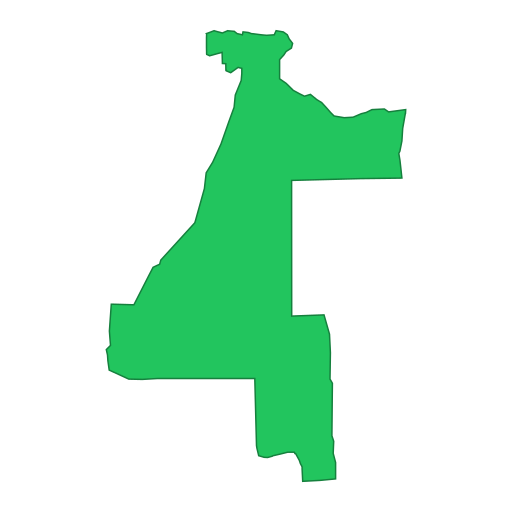 Gorogly, Tashauz, Turkmenistan (Equal Earth projection)
{"feature_id": "10190150B22032040795574", "entity_name": "Gorogly", "entity_type": "district", "adm_level": 2, "iso_a3": "TKM", "parent_name": "Turkmenistan", "parent_adm1": "Tashauz", "projection": "equal_earth", "projection_center": [59.965, 40.525], "detail": "fine", "context": "isolated", "style": "filled", "palette": "green", "viewbox_px": 512, "rotation_deg": 0, "n_neighbors": 0, "source": "geoboundaries", "source_scale": "gbopen_adm2", "svg_char_len": 2183}
<svg xmlns="http://www.w3.org/2000/svg" viewBox="0 0 512 512"><path d="M284.4,32.7L283.2,31.9L276.1,30.7L274.4,34.5L274.3,34.8L266.6,35.3L262.2,34.9L261.3,34.8L256.6,34.2L253.4,33.8L251.3,33.6L249.8,33.0L248.3,32.5L245.0,32.1L244.0,32.0L243.0,31.9L242.5,34.5L242.4,34.8L241.1,34.5L237.1,33.6L234.2,31.3L233.8,31.3L228.1,30.8L227.7,30.7L223.5,32.5L222.4,33.0L218.8,32.0L218.2,31.9L214.7,30.9L214.1,30.7L211.0,31.9L207.5,33.2L206.6,33.5L206.4,33.6L206.5,33.7L206.6,34.0L206.6,35.0L206.5,37.4L206.5,42.3L206.5,47.7L206.6,52.0L206.6,53.8L206.7,54.4L207.6,54.8L209.7,55.8L209.9,55.7L213.2,54.8L217.1,53.7L221.3,52.6L222.1,52.4L222.4,63.3L222.4,63.5L225.8,63.7L225.9,70.1L226.2,70.2L226.1,70.7L226.2,70.8L226.7,71.0L230.7,72.7L231.7,72.0L236.7,68.4L238.1,67.4L239.5,67.8L241.8,68.3L241.8,68.5L241.8,73.5L241.2,80.5L235.3,95.0L234.1,107.3L228.8,121.8L221.0,144.0L212.7,162.2L206.2,172.8L204.4,188.6L195.5,220.5L194.8,222.8L186.5,231.9L160.8,260.1L159.7,264.1L159.6,264.3L157.1,265.4L153.1,267.3L148.9,275.4L133.9,304.8L112.2,304.2L111.3,304.2L110.5,315.3L109.4,331.1L109.7,335.1L110.5,345.4L109.2,346.7L107.9,348.0L106.3,349.6L107.5,355.0L107.9,360.8L109.2,370.1L128.8,379.1L142.3,379.4L157.5,378.5L254.8,378.5L256.5,445.6L256.9,448.1L258.7,455.7L264.1,457.3L267.6,457.5L272.3,456.2L272.7,455.8L280.5,454.0L287.7,452.2L294.3,452.2L295.0,453.6L295.7,453.7L299.3,460.3L300.4,463.6L302.1,466.8L302.1,468.9L302.7,481.3L319.8,480.4L335.6,478.9L335.6,462.5L335.3,461.4L333.2,453.4L333.4,448.3L333.7,441.3L333.0,439.1L331.9,435.8L332.2,402.4L332.4,383.3L331.7,382.0L330.0,379.1L330.4,352.8L329.5,334.2L324.0,314.9L291.7,316.1L291.7,315.9L291.6,202.8L291.6,180.4L360.4,178.6L400.2,178.1L401.9,178.0L400.4,164.3L399.9,160.0L398.8,153.4L399.9,151.1L401.9,141.0L402.7,128.4L405.4,113.1L405.5,113.1L405.7,109.6L396.8,110.8L388.6,111.9L384.4,109.0L372.0,109.6L366.1,112.5L361.3,113.7L353.1,117.2L344.2,117.7L334.1,116.0L330.6,112.5L327.0,108.4L321.7,102.6L316.9,99.7L310.4,94.4L304.5,96.2L299.8,93.9L293.3,90.4L286.2,83.4L279.6,78.8L279.6,71.2L279.6,65.4L279.6,59.6L283.8,55.0L286.1,51.5L291.4,48.1L292.6,43.4L289.1,38.8L287.3,34.8L284.4,32.7Z" fill="#22c55e" stroke="#15803d" stroke-width="1.5"/></svg>